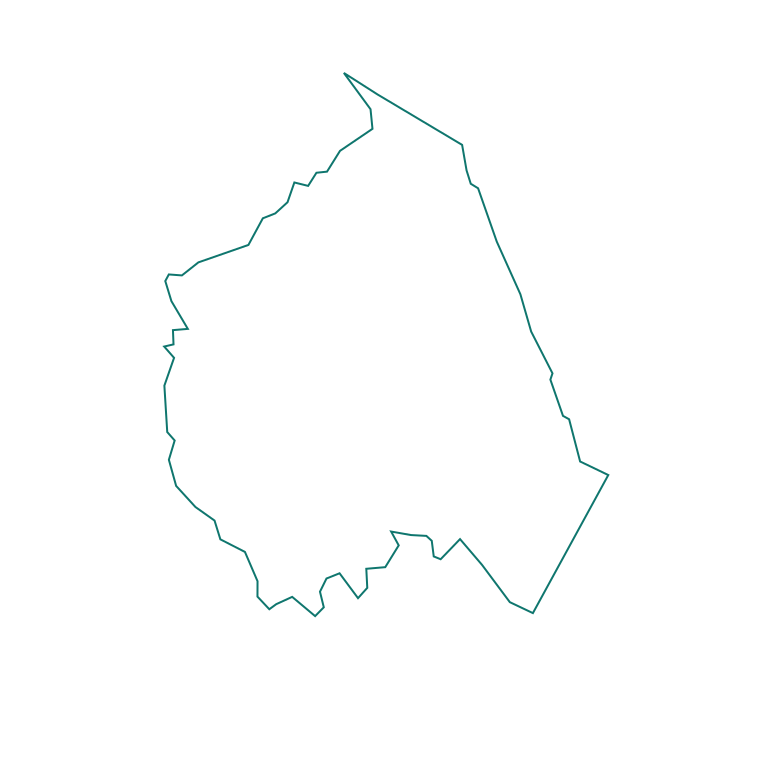 outline of Torodi, Tillabéri, Niger, rotated 209°
{"feature_id": "23599985B58853598919637", "entity_name": "Torodi", "entity_type": "district", "adm_level": 2, "iso_a3": "NER", "parent_name": "Niger", "parent_adm1": "Tillabéri", "projection": "orthographic", "projection_center": [1.533, 13.115], "detail": "fine", "context": "isolated", "style": "outline", "palette": "teal", "viewbox_px": 768, "rotation_deg": 209, "n_neighbors": 0, "source": "geoboundaries", "source_scale": "gbopen_adm2", "svg_char_len": 1018}
<svg xmlns="http://www.w3.org/2000/svg" viewBox="0 0 768 768"><g transform="rotate(209 384 384)"><path d="M287.1,265.0L273.3,271.7L266.2,270.0L256.9,257.3L249.5,258.2L242.3,285.2L210.5,273.3L168.2,254.2L142.7,255.8L143.7,413.1L174.9,411.3L205.0,442.9L212.0,442.9L240.6,468.5L241.8,475.0L280.7,501.2L308.2,528.6L354.4,563.2L396.6,600.8L405.2,601.2L415.3,610.8L431.6,631.0L530.0,634.1L569.9,636.6L529.0,617.8L517.8,601.6L535.5,566.6L536.8,542.1L545.5,536.0L546.4,520.5L560.1,516.8L556.5,496.2L561.8,480.5L570.3,470.2L570.0,439.9L605.3,400.4L613.4,381.0L625.3,375.5L625.2,368.0L610.1,353.4L582.3,337.1L594.7,328.8L587.3,316.6L594.4,310.2L580.3,305.1L575.3,276.1L550.3,236.9L539.7,233.1L535.4,213.4L516.4,194.1L489.3,185.0L466.0,182.4L451.8,168.8L424.2,169.7L399.0,150.2L391.6,136.7L375.1,131.4L371.5,139.2L361.1,153.3L331.7,147.6L328.4,159.5L339.3,171.3L340.0,186.0L331.1,196.9L302.9,184.1L299.8,197.6L309.9,213.8L294.1,224.4L292.9,250.0L306.2,258.4L287.1,265.0Z" fill="none" stroke="#0f766e" stroke-width="2"/></g></svg>